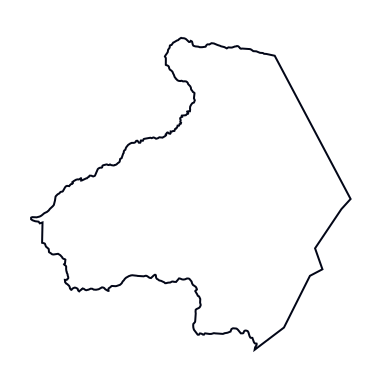 Los Chiles, Alajuela, Costa Rica (Albers equal-area conic projection), rotated 94°
{"feature_id": "36466004B82753262426654", "entity_name": "Los Chiles", "entity_type": "district", "adm_level": 2, "iso_a3": "CRI", "parent_name": "Costa Rica", "parent_adm1": "Alajuela", "projection": "albers", "projection_center": [-84.675, 10.857], "detail": "fine", "context": "isolated", "style": "outline", "palette": "ink", "viewbox_px": 384, "rotation_deg": 94, "n_neighbors": 0, "source": "geoboundaries", "source_scale": "gbopen_adm2", "svg_char_len": 6020}
<svg xmlns="http://www.w3.org/2000/svg" viewBox="0 0 384 384"><g transform="rotate(94 192 192)"><path d="M345.0,118.5L320.8,90.8L267.4,68.5L260.0,56.5L239.6,65.3L198.7,41.8L187.9,33.3L50.3,119.0L49.1,127.4L49.1,129.8L48.8,130.2L48.4,131.1L48.4,133.9L47.2,137.6L47.2,140.7L45.8,142.9L45.4,144.1L45.4,152.2L45.6,152.5L45.6,153.5L45.2,154.2L44.9,154.3L43.6,155.8L43.3,156.5L43.3,157.5L43.7,158.2L43.8,159.2L45.0,161.9L45.2,163.0L45.2,165.8L46.3,167.3L45.2,169.8L44.6,173.3L44.2,174.2L43.6,176.7L42.3,180.5L42.2,182.9L43.6,185.0L43.6,186.6L43.9,187.2L44.5,187.8L46.1,188.6L46.8,191.8L47.0,194.4L46.6,195.8L46.5,198.9L46.0,200.8L45.0,201.5L42.1,202.4L41.7,202.8L41.3,203.8L42.5,204.6L42.5,205.5L40.1,208.4L39.6,209.2L39.2,210.6L39.2,213.0L39.0,213.6L40.4,215.5L41.4,216.3L42.0,217.7L43.9,220.4L44.2,221.1L46.8,222.7L47.1,223.9L47.6,224.3L49.6,224.4L51.7,225.7L54.3,226.0L57.6,228.0L58.7,228.5L60.1,227.5L60.5,227.4L67.0,227.0L67.2,226.7L67.2,226.3L67.8,224.7L68.4,224.0L69.3,223.6L69.9,223.5L71.4,222.7L72.3,221.1L73.4,219.9L75.4,218.9L76.1,218.4L78.1,217.5L78.7,217.2L79.3,216.5L80.1,216.1L80.3,215.6L81.6,214.3L82.1,212.7L82.1,211.1L81.8,210.6L81.8,210.0L82.3,208.6L82.1,207.5L82.1,205.7L82.6,204.7L83.4,203.9L84.7,203.3L86.7,201.1L88.0,200.4L89.5,200.1L90.4,199.5L90.8,199.0L92.1,198.1L92.5,197.2L93.2,196.4L98.4,196.6L100.3,195.6L102.4,196.2L102.7,196.4L103.2,197.6L103.8,198.2L105.5,199.2L107.1,199.8L109.0,199.8L109.8,199.6L111.6,199.7L111.7,201.4L112.1,202.4L112.9,202.1L113.5,201.3L113.9,201.3L114.3,201.5L114.6,202.5L115.8,203.5L116.3,206.1L116.4,207.4L116.7,207.6L117.1,207.6L117.8,207.2L118.3,208.1L119.1,208.9L119.9,208.9L121.1,208.3L122.9,208.6L123.7,207.7L124.7,208.0L125.1,209.1L126.6,209.5L126.8,209.8L126.8,211.0L128.8,211.4L129.2,212.1L130.0,212.4L130.4,213.3L132.3,213.8L132.6,215.4L133.2,216.4L133.1,217.5L135.0,217.5L135.4,217.8L135.3,218.9L134.3,220.3L134.4,220.8L134.9,221.3L136.4,221.8L136.4,223.1L136.7,222.1L137.0,221.8L137.3,221.9L138.5,223.2L139.3,224.6L139.8,225.1L139.7,228.4L140.7,229.7L141.3,231.3L141.3,231.7L140.5,233.2L140.3,234.4L141.1,235.9L140.8,237.4L142.3,243.3L142.6,243.9L144.3,244.6L144.3,245.5L144.1,246.0L144.2,246.6L146.2,246.9L146.5,247.2L146.5,248.5L145.5,249.2L144.7,250.1L144.8,250.8L144.9,251.2L146.2,251.9L146.7,252.6L147.0,253.3L147.2,255.6L148.0,257.1L149.5,259.0L151.8,260.6L152.9,261.1L154.4,261.4L155.4,262.5L156.1,262.8L157.9,262.9L158.4,263.3L163.2,264.6L163.6,265.2L163.7,265.6L164.1,266.0L166.3,266.2L167.3,266.6L168.4,268.0L169.8,269.3L170.5,270.7L170.5,271.2L170.9,271.6L171.0,272.3L170.8,274.6L170.3,275.4L170.3,275.9L170.9,276.7L170.9,277.6L170.5,278.6L170.5,279.3L171.5,282.4L172.0,283.1L173.7,283.4L174.0,283.8L174.1,285.1L174.5,286.1L175.2,287.1L175.8,287.6L182.4,289.9L182.8,290.4L183.3,291.4L183.3,292.1L182.8,293.3L182.8,295.1L183.3,295.6L184.0,295.9L184.9,297.2L185.6,297.7L185.8,298.5L188.2,302.8L188.3,303.4L186.1,303.6L186.1,304.0L186.9,304.9L187.4,305.8L187.4,307.2L187.9,308.6L189.4,310.8L190.5,312.0L190.9,311.5L191.3,311.4L192.2,312.0L192.7,313.4L193.7,314.2L193.8,314.4L194.7,314.9L194.6,317.1L195.2,318.2L196.1,318.9L200.3,320.9L200.7,321.5L200.9,322.6L201.4,323.4L202.6,324.2L203.7,325.9L205.6,327.5L206.2,327.8L210.1,328.1L214.5,328.9L215.8,329.8L218.8,332.6L220.5,333.7L222.0,335.3L223.4,337.8L226.0,340.5L227.1,342.2L228.1,345.2L228.2,349.4L228.6,350.5L228.8,350.7L230.4,350.6L231.3,349.2L232.1,346.4L232.3,343.0L233.9,341.6L232.8,339.0L253.1,338.0L253.6,335.5L254.1,335.0L256.0,334.2L256.7,333.8L258.7,331.1L259.7,330.8L261.8,330.5L262.2,330.1L262.8,328.8L263.8,327.4L264.0,326.3L264.0,325.7L263.0,321.3L264.2,319.0L266.2,316.9L267.0,316.5L267.6,315.6L267.9,314.2L268.3,313.6L272.0,313.7L273.0,314.6L273.7,314.0L274.0,313.2L275.0,312.4L275.4,312.3L277.6,312.2L279.6,311.8L280.6,311.3L281.2,311.3L282.7,310.4L283.9,310.2L285.6,309.5L286.8,309.5L287.7,310.4L288.0,310.4L288.5,311.4L288.5,312.7L290.7,312.3L290.8,312.0L291.5,311.7L292.1,311.1L292.7,309.8L293.3,309.2L294.1,308.1L295.5,307.3L296.7,307.0L297.7,306.1L298.0,305.7L298.0,305.4L296.6,304.4L296.2,303.6L295.6,302.6L295.6,301.4L296.4,299.5L296.8,299.2L297.7,298.9L298.4,298.5L299.0,297.6L297.8,296.5L297.1,295.5L296.5,295.2L296.2,294.4L295.9,294.3L296.1,293.2L296.8,292.2L297.3,291.0L297.3,290.3L296.9,289.4L296.7,288.5L295.5,286.3L295.5,284.7L296.2,283.3L296.2,280.9L295.5,278.3L293.4,275.1L293.6,273.6L294.0,272.8L295.1,271.7L296.4,269.1L296.5,268.5L296.4,268.3L295.3,268.6L294.1,268.5L293.3,267.7L292.7,266.8L291.6,265.9L291.3,265.3L291.3,261.9L291.1,260.8L289.6,257.3L288.0,255.8L285.9,254.8L285.1,254.0L283.4,253.0L282.1,251.8L280.2,248.9L279.9,248.0L279.6,247.5L279.2,245.8L279.4,240.9L279.5,240.6L279.5,234.4L278.8,232.4L278.8,231.6L279.2,230.6L280.5,228.5L280.7,226.9L278.1,224.5L277.2,223.4L277.2,222.6L277.9,222.2L280.0,221.8L281.1,221.0L281.4,220.2L282.5,218.5L282.8,216.6L284.1,213.3L284.8,212.5L284.8,211.7L284.1,209.5L283.8,207.4L282.7,205.6L282.7,204.2L282.9,203.7L282.8,201.6L279.1,198.9L279.2,197.8L279.9,195.7L279.9,194.2L279.6,192.9L278.6,190.9L278.6,189.2L278.9,188.5L281.3,186.2L283.0,185.6L284.5,184.7L286.3,181.7L287.4,180.9L288.2,180.7L288.6,180.3L289.0,180.3L290.3,181.7L290.7,181.8L293.2,180.1L293.5,179.8L295.1,179.0L295.6,177.8L296.3,177.3L298.2,176.3L301.9,176.2L303.8,175.5L304.7,175.5L306.5,176.3L307.3,177.2L308.5,179.4L309.3,180.1L311.2,180.1L313.0,179.8L320.7,179.8L321.6,180.0L323.6,181.5L325.1,181.5L327.2,181.2L329.2,180.5L333.9,176.4L333.9,175.2L332.5,174.2L332.7,172.7L333.0,171.9L333.4,171.4L333.5,170.2L332.5,169.6L332.1,169.1L332.4,164.6L332.2,162.8L331.3,160.3L331.4,158.9L331.4,151.7L331.3,151.0L331.1,150.4L330.7,150.0L329.9,146.7L328.6,144.0L328.5,143.8L327.9,143.7L325.9,143.0L325.1,141.6L325.1,138.9L325.2,138.0L326.1,136.7L329.6,133.4L329.4,131.3L329.1,130.9L327.1,130.2L326.5,129.3L326.5,128.1L326.8,127.0L327.1,126.6L328.1,125.9L331.6,124.6L333.0,123.8L333.3,123.4L333.3,121.6L337.4,119.8L338.4,119.0L338.7,118.5L338.7,117.0L338.9,116.9L340.1,116.9L342.6,118.2L345.0,118.5Z" fill="none" stroke="#020617" stroke-width="2"/></g></svg>